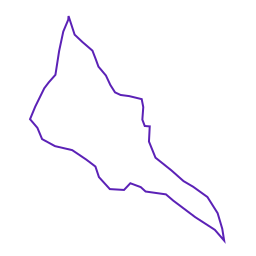 Säter, Dalarna, Sweden (Mercator projection), rotated 91°
{"feature_id": "70781695B35872572180279", "entity_name": "Säter", "entity_type": "district", "adm_level": 2, "iso_a3": "SWE", "parent_name": "Sweden", "parent_adm1": "Dalarna", "projection": "mercator", "projection_center": [15.721, 60.435], "detail": "fine", "context": "isolated", "style": "outline", "palette": "violet", "viewbox_px": 256, "rotation_deg": 91, "n_neighbors": 0, "source": "geoboundaries", "source_scale": "gbopen_adm2", "svg_char_len": 748}
<svg xmlns="http://www.w3.org/2000/svg" viewBox="0 0 256 256"><g transform="rotate(91 128 128)"><path d="M120.9,226.1L129.4,218.6L140.6,213.7L147.4,200.7L151.1,183.4L160.3,169.2L167.1,159.9L177.6,156.2L189.4,145.1L190.0,130.9L183.2,124.7L186.9,114.2L191.2,109.3L193.7,88.9L199.9,81.4L216.0,59.2L228.3,39.4L238.9,29.9L227.1,32.0L211.6,36.9L195.6,47.4L185.7,61.7L180.1,71.6L169.6,83.9L157.2,100.0L141.2,106.8L126.0,106.3L126.0,106.5L125.7,111.3L119.4,113.8L106.9,113.1L98.9,114.8L96.1,127.3L95.1,136.0L92.6,141.6L85.3,146.4L75.9,151.0L67.2,158.6L59.9,161.4L51.3,164.9L42.9,175.0L35.6,183.0L17.1,189.4L20.7,189.6L32.7,194.4L52.2,198.2L76.1,201.5L83.7,208.0L89.7,212.4L108.2,221.1L120.9,226.1Z" fill="none" stroke="#5b21b6" stroke-width="2"/></g></svg>